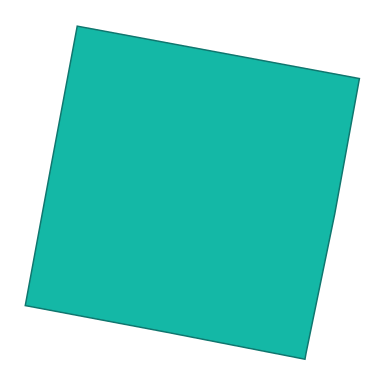 outline of Barry, Michigan, United States of America, rotated 281°
{"feature_id": "52423323B99535382147082", "entity_name": "Barry", "entity_type": "district", "adm_level": 2, "iso_a3": "USA", "parent_name": "United States of America", "parent_adm1": "Michigan", "projection": "orthographic", "projection_center": [-85.333, 42.595], "detail": "fine", "context": "isolated", "style": "filled", "palette": "teal", "viewbox_px": 384, "rotation_deg": 281, "n_neighbors": 0, "source": "geoboundaries", "source_scale": "gbopen_adm2", "svg_char_len": 271}
<svg xmlns="http://www.w3.org/2000/svg" viewBox="0 0 384 384"><g transform="rotate(281 192 192)"><path d="M332.9,47.7L190.9,48.7L48.7,50.0L49.5,192.4L49.4,334.8L55.9,334.7L197.5,336.3L335.3,334.7L332.9,47.7Z" fill="#14b8a6" stroke="#0f766e" stroke-width="1.5"/></g></svg>